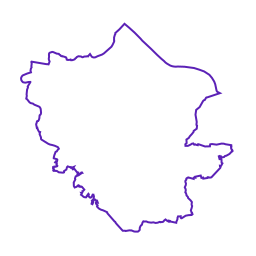 the district of Simian, Mehedinti, Romania, rotated 175°
{"feature_id": "2599482B5228411789707", "entity_name": "Simian", "entity_type": "district", "adm_level": 2, "iso_a3": "ROU", "parent_name": "Romania", "parent_adm1": "Mehedinti", "projection": "albers", "projection_center": [22.742, 44.63], "detail": "fine", "context": "isolated", "style": "outline", "palette": "violet", "viewbox_px": 256, "rotation_deg": 175, "n_neighbors": 0, "source": "geoboundaries", "source_scale": "gbopen_adm2", "svg_char_len": 5706}
<svg xmlns="http://www.w3.org/2000/svg" viewBox="0 0 256 256"><g transform="rotate(175 128 128)"><path d="M224.3,178.1L224.1,177.4L224.4,176.6L225.2,175.0L226.1,170.3L226.0,168.8L226.8,166.1L226.0,165.4L223.9,162.2L222.8,161.3L220.6,160.6L219.3,159.4L215.0,157.2L214.2,156.6L213.7,155.7L213.4,154.9L213.3,153.8L213.3,150.7L213.7,149.4L214.2,148.8L214.8,148.5L215.0,148.1L215.5,145.3L216.2,143.7L216.9,142.8L217.8,142.8L218.2,142.3L218.5,141.2L219.1,140.0L219.2,139.6L218.8,136.0L218.3,136.1L218.2,135.3L217.7,133.6L216.9,131.9L215.9,131.6L216.6,129.7L215.5,126.2L215.6,125.5L215.5,124.4L215.2,124.0L208.8,119.2L207.1,118.3L205.1,117.7L202.5,116.7L199.8,115.2L199.5,115.0L198.7,113.4L198.8,113.2L199.1,113.0L199.9,112.4L201.0,110.9L202.1,110.6L202.4,110.3L203.0,108.8L203.6,107.7L204.5,105.2L204.6,104.3L201.4,103.0L201.2,102.7L201.4,101.6L201.8,100.6L202.4,100.6L202.8,100.9L203.0,100.5L203.4,100.4L203.6,100.1L202.5,99.6L202.2,99.3L202.2,98.8L202.0,98.5L202.2,97.8L202.5,97.6L202.5,97.4L201.7,96.4L201.9,96.1L203.5,95.7L204.8,96.0L205.2,95.3L206.0,95.5L206.2,94.5L205.4,93.3L205.5,93.0L206.0,92.8L206.2,92.5L205.9,91.8L205.3,91.7L204.3,91.8L203.8,91.7L203.7,91.5L202.6,91.4L200.8,89.9L196.9,89.2L196.1,89.2L195.6,89.4L195.5,90.6L193.0,92.0L192.5,93.5L192.1,94.4L191.4,95.0L189.2,94.0L188.4,94.1L188.2,93.3L187.4,93.4L185.3,94.0L186.1,92.9L186.0,92.6L186.9,92.2L186.5,91.6L185.1,92.1L182.8,88.6L181.7,88.1L182.3,86.8L180.4,86.7L179.5,86.9L178.8,87.3L178.4,87.7L177.7,87.7L177.5,87.3L177.9,87.3L178.1,87.1L181.4,85.2L184.3,84.4L185.2,82.4L185.0,81.3L186.8,78.5L187.0,74.9L186.3,73.4L184.4,73.9L182.5,75.3L181.8,74.9L182.3,74.2L181.0,73.6L180.6,73.8L180.1,73.8L180.1,73.5L179.0,73.4L176.9,70.4L178.2,69.2L178.9,69.0L178.8,68.6L179.1,67.8L179.7,67.2L180.1,67.3L179.8,66.7L180.6,65.6L179.8,65.0L179.2,64.3L179.0,64.0L177.8,63.0L176.3,62.6L175.7,62.6L175.1,63.7L173.2,65.9L172.8,65.3L172.9,64.8L173.6,63.6L172.4,62.6L171.8,61.9L171.3,61.9L170.8,62.1L170.0,62.9L169.0,64.7L168.4,64.6L168.5,64.1L168.1,63.9L167.9,62.9L168.0,62.1L168.3,61.6L168.2,60.6L170.3,58.7L170.0,58.1L170.9,55.7L170.1,55.2L169.0,57.2L169.1,58.5L168.2,59.2L166.9,59.5L166.1,58.5L165.2,58.4L164.6,56.2L165.2,56.3L165.6,57.2L166.3,56.8L166.5,55.7L165.9,54.4L165.3,54.0L165.0,53.6L165.7,52.4L164.2,50.5L163.3,49.8L161.9,48.9L160.3,48.3L159.0,47.6L156.1,45.9L156.0,44.9L150.0,36.7L149.6,36.1L148.9,35.6L148.6,34.7L147.6,33.2L142.2,26.1L139.8,25.9L139.4,25.6L135.8,25.9L134.9,25.9L133.9,25.6L133.5,25.7L130.8,24.3L127.2,23.9L126.1,24.6L125.2,25.5L125.0,27.4L124.6,28.3L123.7,29.7L122.6,30.4L122.2,31.4L121.8,32.5L120.8,33.7L119.8,33.4L117.9,33.3L116.2,32.4L113.2,31.7L110.9,31.8L108.8,31.0L106.6,31.1L104.8,31.7L104.0,31.3L103.6,31.5L102.4,31.3L101.0,31.6L99.9,32.8L98.6,33.6L97.2,32.2L95.8,31.3L95.6,32.2L94.3,31.8L94.3,31.1L93.1,30.9L88.2,29.4L88.0,30.4L86.7,32.7L86.5,34.3L85.8,35.6L84.1,35.4L83.2,35.5L83.2,33.9L82.9,33.5L82.4,33.4L78.2,35.6L75.3,35.9L72.3,35.8L72.3,36.4L71.3,36.6L71.6,38.0L72.1,38.5L72.2,39.2L72.6,40.4L71.7,42.4L70.9,44.7L71.2,45.5L71.3,46.5L70.8,48.6L72.0,50.5L74.2,53.0L74.4,54.2L75.6,55.7L75.6,56.6L76.2,58.9L76.2,58.4L76.5,58.8L75.9,60.8L75.9,61.8L76.1,62.7L76.6,63.7L76.6,64.0L75.4,66.1L75.1,67.8L75.5,69.0L75.5,70.1L75.2,70.7L74.5,71.3L74.3,71.7L74.4,72.2L74.2,72.6L73.6,73.0L72.4,73.5L72.1,73.2L71.5,73.2L67.1,71.6L67.1,72.4L66.6,72.9L65.2,72.6L65.3,73.6L59.7,74.3L59.2,71.9L57.5,72.1L57.4,71.0L53.1,71.3L53.0,72.0L52.7,72.1L50.8,71.4L49.2,71.6L39.6,80.2L39.0,81.6L39.7,81.9L39.7,82.3L39.0,82.0L38.3,82.6L37.0,84.6L37.8,85.3L37.6,88.2L37.7,88.8L39.5,89.0L40.0,91.9L39.3,92.1L39.2,91.6L38.3,91.7L38.3,91.3L37.8,91.3L37.7,90.5L34.9,90.7L33.7,91.7L32.5,91.8L29.2,93.3L27.0,95.2L26.6,96.1L26.3,95.8L26.1,95.7L25.8,96.0L26.2,97.2L27.0,98.3L27.0,100.6L26.6,100.6L26.6,101.9L32.2,103.3L33.9,104.0L36.1,104.3L41.2,103.7L45.7,104.7L47.5,104.6L47.8,103.8L48.0,102.6L52.9,102.9L59.2,105.7L59.7,105.7L60.0,104.8L61.8,105.4L62.5,105.9L63.0,105.9L63.4,105.6L63.8,105.8L64.3,106.9L65.6,106.8L67.1,106.0L69.5,105.1L70.5,105.0L72.3,105.2L72.3,106.8L70.9,107.9L70.8,111.4L68.3,112.8L67.2,114.3L64.8,116.5L63.1,118.3L62.8,119.4L59.6,121.3L59.0,124.4L59.5,125.0L59.5,125.7L59.0,128.0L59.6,135.4L58.5,140.1L54.8,142.6L50.9,148.3L50.1,149.0L49.1,149.2L47.6,151.3L47.2,151.6L46.4,151.6L33.4,154.7L35.9,156.3L36.5,157.4L37.3,164.0L38.1,166.8L40.0,170.6L42.3,173.9L47.2,177.7L51.9,179.9L57.0,182.0L66.4,184.1L73.1,184.9L75.0,184.9L76.8,185.2L78.6,185.7L80.4,186.5L83.5,188.7L85.0,190.0L86.3,191.6L88.6,193.9L92.6,198.3L98.2,204.9L106.2,213.8L107.7,215.9L113.0,222.3L118.2,227.9L122.4,232.1L128.0,227.0L132.4,223.7L132.4,222.8L133.0,221.9L134.0,219.3L134.1,217.7L134.3,216.7L134.1,216.0L134.4,215.1L136.1,212.2L137.4,210.4L145.5,204.4L147.5,203.4L152.0,202.2L154.3,201.3L155.8,201.2L157.2,201.7L157.9,202.2L159.4,205.0L161.2,203.3L161.6,202.8L162.4,203.1L163.2,202.9L165.4,203.0L166.7,202.5L167.4,202.5L168.5,203.3L171.2,203.8L172.9,203.1L173.6,202.3L174.3,202.0L175.1,201.1L176.3,200.7L177.9,200.4L178.9,200.5L179.2,201.2L179.8,201.0L181.6,201.0L182.7,201.2L183.1,201.5L183.1,202.4L183.2,202.9L183.4,203.3L183.8,203.6L183.8,203.9L187.1,205.3L187.3,205.1L188.3,205.5L188.7,205.8L189.0,206.5L189.8,206.9L190.5,207.9L192.5,208.3L195.8,210.1L196.9,210.4L199.4,209.8L200.1,209.2L200.4,207.7L200.4,206.0L200.9,203.8L200.8,202.7L200.3,201.1L201.6,198.3L201.9,198.3L202.5,198.6L203.7,198.7L218.3,202.5L218.5,202.3L218.5,201.9L218.3,200.5L218.9,197.9L218.7,197.0L219.6,195.5L220.1,193.6L219.8,191.9L223.5,191.1L227.9,189.7L228.5,189.4L229.2,188.7L229.8,187.8L230.1,187.2L230.2,186.4L230.1,185.0L229.5,183.8L228.7,182.8L227.6,182.4L226.1,182.1L223.1,182.5L221.3,182.4L221.3,182.1L224.3,178.1Z" fill="none" stroke="#5b21b6" stroke-width="2"/></g></svg>